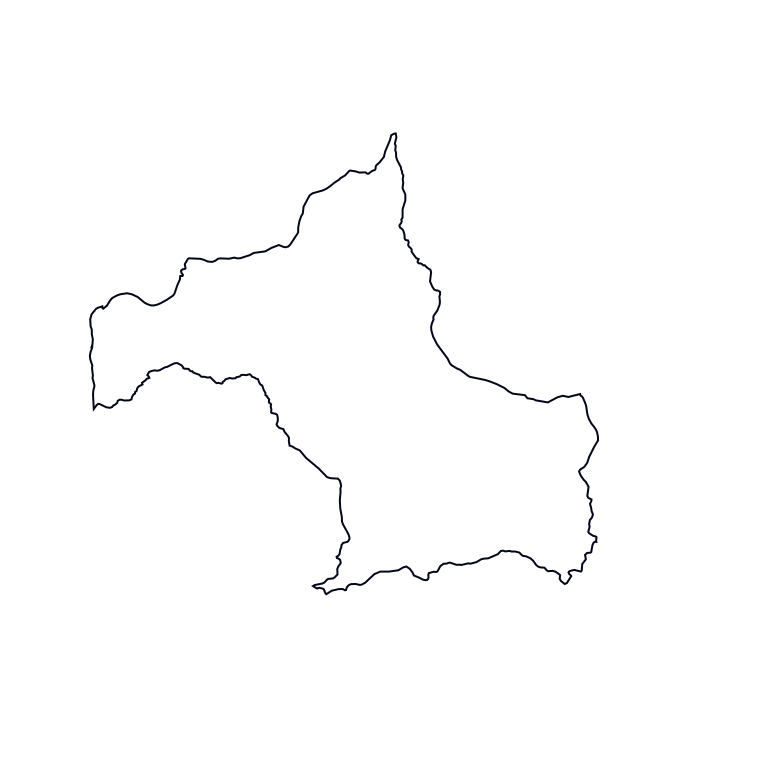 Baguia, Baucau, East Timor, rotated 39°
{"feature_id": "22284137B48176451746687", "entity_name": "Baguia", "entity_type": "district", "adm_level": 2, "iso_a3": "TLS", "parent_name": "East Timor", "parent_adm1": "Baucau", "projection": "orthographic", "projection_center": [126.694, -8.606], "detail": "fine", "context": "isolated", "style": "outline", "palette": "ink", "viewbox_px": 768, "rotation_deg": 39, "n_neighbors": 0, "source": "geoboundaries", "source_scale": "gbopen_adm2", "svg_char_len": 6165}
<svg xmlns="http://www.w3.org/2000/svg" viewBox="0 0 768 768"><g transform="rotate(39 384 384)"><path d="M542.7,268.4L535.4,278.1L530.4,280.6L527.1,285.3L522.9,295.2L512.2,301.2L509.8,301.7L504.5,304.8L500.5,304.0L490.1,310.5L485.9,311.3L480.2,311.3L471.9,313.1L465.3,315.2L460.5,317.0L446.4,324.3L444.3,324.7L434.6,325.0L430.6,326.1L424.7,326.9L422.3,326.5L417.4,324.2L400.6,319.9L392.4,316.3L386.9,312.4L384.7,310.0L383.0,306.6L382.0,302.8L380.6,301.5L379.7,299.8L379.2,293.3L377.4,287.6L375.8,285.0L371.9,281.0L371.2,279.1L369.5,277.1L366.9,277.5L365.3,278.6L363.6,279.0L360.6,278.1L355.2,275.3L350.2,267.4L348.1,266.0L344.7,266.5L340.9,266.1L339.9,267.1L338.0,266.9L336.4,267.3L335.3,268.3L333.7,268.3L332.8,267.3L332.3,265.1L329.9,265.9L323.4,264.2L322.1,263.7L321.1,262.3L319.8,261.7L316.8,261.5L315.3,260.8L314.0,258.3L312.4,257.3L310.3,258.4L309.3,258.3L308.3,257.8L305.9,255.0L302.8,252.9L301.1,252.2L298.0,252.3L296.8,251.6L296.1,250.7L296.0,248.2L295.5,246.5L294.0,245.3L293.7,243.0L288.5,236.5L285.1,228.0L281.3,223.3L275.6,220.4L274.8,219.6L272.4,215.6L269.7,213.1L267.9,209.9L265.4,208.8L264.5,207.6L262.4,206.5L260.7,204.9L253.5,201.8L250.7,200.0L247.7,196.6L245.6,195.2L243.3,191.6L241.2,190.5L238.5,184.6L235.4,181.9L234.1,183.5L233.1,186.1L235.3,191.1L238.6,202.6L241.0,207.5L241.1,214.5L240.4,218.7L240.7,220.2L242.0,222.1L242.2,223.3L240.5,226.5L239.6,230.4L238.6,231.1L236.4,231.2L231.8,235.2L228.4,236.5L223.4,239.4L222.9,240.1L222.5,246.4L220.7,251.1L220.5,253.4L218.7,259.1L217.5,264.8L216.3,268.6L214.6,272.1L208.5,280.7L207.5,284.3L209.9,296.8L213.6,302.6L214.1,305.9L215.7,310.5L218.8,316.3L221.7,320.0L222.1,321.3L223.4,334.7L223.1,337.4L221.4,339.7L219.9,340.6L214.8,342.2L210.8,349.2L208.3,355.6L200.3,364.1L198.5,368.5L193.0,376.9L190.9,378.7L188.1,380.0L184.7,384.2L177.6,389.5L176.1,391.3L175.4,394.3L173.7,397.2L170.0,399.7L165.4,401.0L162.2,402.5L153.3,409.1L152.9,410.0L153.8,416.3L156.9,418.9L156.9,419.7L155.4,421.6L154.9,423.2L155.2,424.0L156.8,425.2L159.1,425.7L159.4,426.9L157.7,428.3L159.6,431.3L161.3,437.5L164.3,445.6L164.4,448.1L162.3,455.1L159.8,461.3L158.0,464.8L155.7,467.8L153.2,469.7L149.4,471.0L146.6,471.5L137.8,471.4L131.5,473.0L127.3,475.1L122.7,480.1L120.8,483.1L118.7,488.2L118.6,491.7L119.4,497.5L118.4,502.1L117.5,502.2L116.2,500.9L113.7,504.8L112.9,506.8L112.9,513.9L115.0,518.6L119.7,523.8L122.7,525.7L125.8,529.4L129.4,532.3L132.3,536.4L133.5,539.3L133.9,538.8L134.5,539.9L135.8,543.7L137.7,547.2L140.2,549.7L145.7,553.2L147.0,555.3L152.6,560.8L153.7,562.8L159.7,567.2L160.6,568.4L162.2,572.0L164.5,575.3L174.2,586.1L174.0,581.3L174.3,579.4L175.6,578.5L182.7,576.9L186.0,575.0L187.2,572.9L187.2,571.0L188.2,568.7L188.5,566.6L187.7,564.6L188.3,562.8L189.9,561.4L192.3,560.4L196.2,557.2L197.4,555.0L196.1,551.9L195.9,549.8L196.5,548.2L195.6,547.0L196.1,545.3L194.9,542.5L194.8,540.5L196.6,536.3L195.2,535.4L196.3,531.1L196.4,529.1L197.8,527.0L196.4,526.2L194.4,526.0L193.9,522.4L195.2,520.1L197.3,517.6L199.2,516.6L200.9,514.6L203.3,508.9L204.8,507.0L207.5,500.9L208.6,499.3L210.2,497.8L215.0,496.9L217.5,497.4L218.1,498.0L219.1,497.8L222.6,495.3L224.8,495.8L226.3,495.4L227.0,494.7L228.7,495.1L234.5,493.1L237.5,493.3L240.5,491.0L242.1,490.5L244.1,488.9L244.5,488.1L252.4,488.8L253.7,488.5L254.4,487.4L257.5,486.0L257.9,484.7L257.4,483.9L258.0,481.9L257.9,480.2L260.3,476.4L262.4,475.4L265.0,473.0L265.0,471.6L267.1,469.1L267.5,466.8L268.8,465.5L271.4,463.8L273.5,460.9L274.9,460.8L276.8,461.4L279.3,460.5L281.5,460.3L282.9,459.5L285.9,461.3L288.5,462.2L290.3,461.8L294.6,464.5L297.4,465.5L298.9,467.3L300.9,467.1L301.6,467.7L304.3,468.1L306.2,470.8L308.4,470.7L309.3,471.1L309.9,472.6L312.2,474.4L314.2,477.1L315.2,477.1L318.7,475.3L320.3,475.2L322.4,476.8L324.8,479.7L325.9,483.0L327.5,483.7L330.3,484.0L334.2,482.4L336.6,483.7L343.0,485.1L344.3,485.9L345.9,488.2L349.4,491.3L352.4,490.2L355.6,489.9L360.3,488.6L370.0,490.5L386.6,490.8L398.4,492.2L401.8,490.8L407.7,486.6L410.4,486.9L412.0,487.9L414.7,490.0L415.9,492.7L418.3,495.4L422.7,502.0L428.3,508.2L434.8,513.8L437.9,517.3L440.3,518.8L451.1,523.2L453.7,525.0L454.7,526.2L455.1,528.6L454.9,529.7L452.2,533.3L452.4,536.1L453.8,538.2L454.1,539.9L456.5,544.2L456.6,546.0L455.9,548.1L457.0,548.9L458.5,548.3L460.3,548.2L462.4,549.7L463.2,550.8L463.3,554.4L464.1,557.2L467.7,561.2L467.4,565.1L466.8,567.1L463.3,570.6L462.8,572.1L462.6,575.8L461.7,577.8L456.7,583.8L456.0,585.7L460.6,585.1L462.1,583.0L465.6,581.4L466.6,581.5L469.9,583.4L471.4,583.7L473.5,577.5L477.7,572.1L480.4,569.7L481.4,569.2L483.4,568.9L484.1,568.2L483.0,564.9L483.3,562.3L484.3,560.3L487.7,557.3L491.8,555.3L493.0,553.7L494.4,550.5L496.2,537.7L499.2,532.1L505.9,526.7L512.4,519.7L514.3,514.5L516.2,511.8L520.4,511.4L524.7,512.5L527.8,514.0L533.0,512.4L537.7,511.4L539.7,510.3L540.8,509.2L541.0,507.7L540.4,506.4L538.3,504.1L537.9,502.7L540.8,498.6L543.0,497.1L543.5,496.1L542.4,490.0L543.3,486.4L545.8,484.0L546.9,482.1L547.9,481.2L554.0,479.0L556.8,476.5L557.8,476.2L562.3,470.4L564.3,469.2L567.9,464.3L569.9,458.9L571.7,456.7L574.7,453.9L579.6,444.5L579.9,440.3L580.8,439.2L581.9,438.3L583.6,437.8L586.6,434.7L588.5,434.0L591.4,431.6L595.3,429.8L599.0,430.3L600.3,430.0L602.9,428.5L607.5,427.3L611.1,427.5L616.2,428.9L618.8,428.9L621.3,427.9L624.2,425.8L628.2,426.4L629.5,426.1L632.8,423.0L635.2,422.0L637.1,421.8L640.7,421.6L641.4,422.0L643.1,424.8L645.4,425.7L650.3,425.7L651.4,423.6L650.4,415.5L649.3,415.1L647.8,415.2L646.0,414.3L645.9,413.4L646.1,412.4L648.8,408.8L655.1,405.8L655.1,404.6L651.4,399.2L651.2,393.2L647.8,390.3L648.2,387.4L650.5,385.3L650.8,384.2L647.5,378.2L646.8,375.6L647.1,374.0L648.4,373.1L647.6,372.5L645.5,369.3L644.7,369.2L641.9,370.4L638.0,370.8L636.4,370.7L635.7,370.1L633.6,365.5L631.6,363.8L629.6,360.1L629.7,357.1L628.5,353.9L625.3,352.1L622.8,349.8L619.5,347.5L618.9,344.8L617.9,343.1L614.6,343.9L612.5,343.1L607.7,335.2L602.6,333.1L599.1,332.7L594.4,331.3L590.6,329.2L590.3,327.0L591.8,322.5L591.5,317.2L589.3,311.5L586.9,300.6L585.8,293.1L583.4,290.3L580.3,287.7L577.9,286.3L574.4,285.1L570.4,284.3L565.4,282.3L561.3,279.7L554.4,273.4L548.3,270.0L546.7,269.3L543.2,269.1L542.7,268.4Z" fill="none" stroke="#020617" stroke-width="2"/></g></svg>